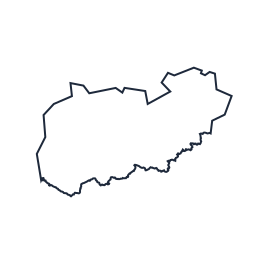 the district of Yei, Central Equatoria, South Sudan, rotated 295°
{"feature_id": "79223893B15931514297219", "entity_name": "Yei", "entity_type": "district", "adm_level": 2, "iso_a3": "SSD", "parent_name": "South Sudan", "parent_adm1": "Central Equatoria", "projection": "natural_earth1", "projection_center": [30.16, 4.243], "detail": "fine", "context": "isolated", "style": "outline", "palette": "slate", "viewbox_px": 256, "rotation_deg": 295, "n_neighbors": 0, "source": "geoboundaries", "source_scale": "gbopen_adm2", "svg_char_len": 4366}
<svg xmlns="http://www.w3.org/2000/svg" viewBox="0 0 256 256"><g transform="rotate(295 128 128)"><path d="M214.0,183.8L213.3,178.3L208.4,175.5L208.4,171.0L211.2,170.6L210.5,162.2L195.2,147.7L194.9,140.9L183.4,139.3L178.9,150.9L158.1,135.7L168.8,128.0L162.9,107.9L157.7,107.9L159.1,99.9L143.1,78.2L147.6,69.7L144.4,56.9L133.2,63.7L118.4,50.6L104.1,46.0L84.8,56.9L66.0,56.3L43.9,71.4L44.1,71.4L44.5,72.7L46.4,71.7L46.9,72.5L45.4,73.9L45.5,75.4L44.9,75.4L44.5,76.7L44.4,77.4L43.9,78.4L44.2,79.5L44.0,80.3L42.7,80.7L42.7,81.5L43.7,82.1L43.9,83.0L43.5,84.3L43.5,85.5L43.5,85.9L43.5,86.5L43.7,87.2L43.8,87.7L43.4,88.3L43.3,88.6L43.2,89.1L43.3,89.4L43.3,90.2L42.7,90.9L42.6,91.6L42.7,92.3L42.6,92.7L42.2,93.6L42.2,94.3L42.5,94.8L42.5,95.4L42.5,96.3L42.3,96.6L42.0,97.2L42.2,98.1L42.4,98.7L42.7,99.3L42.8,100.1L42.7,100.7L42.3,101.1L42.2,102.0L42.4,102.4L42.5,103.2L42.5,104.1L42.0,104.7L42.0,105.2L42.7,105.5L43.7,105.9L44.5,106.1L44.8,107.0L45.5,107.0L46.1,107.1L46.8,107.2L47.1,107.9L47.2,108.5L47.5,109.2L47.8,110.2L48.0,111.1L48.8,111.6L49.7,111.6L50.9,110.9L51.6,110.8L52.6,110.4L53.1,110.7L53.9,110.2L54.7,110.3L55.0,110.4L56.1,109.8L56.7,109.5L57.3,109.6L57.6,109.5L58.0,109.9L58.6,110.2L59.5,111.3L60.5,112.1L61.2,112.7L62.2,113.5L63.1,114.0L64.1,114.8L63.9,115.4L64.3,115.9L65.1,115.9L65.7,116.2L66.1,116.9L67.0,117.4L67.5,117.6L67.9,118.3L68.2,118.8L68.4,119.5L67.8,120.5L67.3,120.8L67.0,121.4L67.0,122.0L66.5,122.6L66.0,123.1L66.0,123.7L66.2,124.4L66.2,125.0L65.7,125.6L65.1,125.9L64.9,126.1L64.6,126.9L64.5,127.6L65.0,127.8L65.8,128.4L65.7,129.1L65.7,129.6L66.2,130.2L66.3,130.9L66.9,131.2L67.6,131.3L68.1,131.8L68.5,132.9L68.4,133.6L69.1,134.4L69.7,134.4L69.9,133.7L70.0,132.8L70.9,132.7L71.5,132.8L72.1,133.0L72.7,133.3L73.6,133.6L74.0,133.9L74.7,133.7L75.3,133.4L76.1,133.4L76.4,133.7L76.9,134.7L76.9,135.4L76.9,136.2L77.1,136.7L77.6,137.0L77.4,137.8L76.9,138.2L76.9,138.8L77.0,139.2L77.3,140.1L77.7,140.4L77.8,141.4L78.4,142.3L78.9,142.6L79.4,143.7L79.8,144.2L80.5,144.4L80.5,145.0L80.9,145.9L81.4,146.7L81.6,147.3L82.5,147.6L83.0,147.5L83.2,147.9L83.5,148.6L84.3,148.6L84.9,148.0L85.8,148.1L86.4,148.3L87.4,148.6L87.5,149.2L88.0,149.3L88.5,149.3L89.0,149.6L90.2,150.3L91.2,150.8L91.4,151.4L92.0,151.6L92.7,151.3L93.4,151.5L94.1,151.7L95.2,151.5L96.0,151.0L96.5,150.4L96.9,149.5L97.5,149.7L97.7,150.2L97.9,151.1L98.0,151.7L98.0,152.4L98.1,153.3L98.1,154.4L97.7,155.7L97.7,156.5L97.8,157.6L98.2,158.2L98.8,158.9L98.7,159.3L98.7,160.3L98.2,160.9L97.6,161.2L97.1,161.8L97.5,162.5L98.2,163.1L98.9,163.6L99.5,164.2L100.5,164.5L101.2,164.7L102.0,165.1L102.0,166.0L102.4,166.6L102.4,167.2L102.3,167.7L102.5,168.5L102.6,169.4L103.0,169.8L103.7,170.4L103.6,171.2L103.2,171.7L102.7,172.4L102.7,173.2L102.1,173.8L102.4,174.3L102.9,175.1L103.0,176.1L102.5,176.6L103.1,177.2L103.6,177.4L104.2,177.9L104.8,178.5L104.2,179.0L104.1,179.7L104.2,180.3L104.3,181.1L105.0,181.8L105.6,182.1L106.1,182.4L106.8,182.4L107.2,181.7L107.9,181.2L108.4,181.3L108.7,182.1L109.5,182.2L110.2,181.7L110.6,181.2L111.2,180.3L111.6,180.1L112.5,180.2L113.6,180.2L114.3,179.6L114.3,178.8L114.7,178.0L115.4,178.5L115.6,179.3L115.7,179.9L116.5,180.0L116.9,180.0L117.4,180.8L117.9,181.2L118.1,182.2L118.0,183.1L118.3,184.1L118.3,184.7L119.2,184.4L119.7,183.8L120.5,184.0L121.1,184.0L122.0,184.8L122.7,185.2L123.4,185.3L124.2,184.8L124.5,184.1L124.7,183.7L125.3,183.9L125.3,184.4L126.2,184.3L126.2,184.9L126.0,185.4L126.5,185.8L127.2,186.4L127.9,186.4L128.7,186.4L129.3,186.5L129.6,186.9L130.4,186.7L131.1,186.8L131.6,186.8L131.4,187.4L130.9,187.7L130.7,188.2L130.9,188.8L131.4,189.4L132.2,189.9L132.8,189.4L133.2,189.4L133.4,190.0L133.2,190.7L133.7,191.4L134.2,191.9L134.4,192.8L134.3,193.5L134.3,194.1L135.4,194.6L136.2,194.0L136.6,194.0L137.3,194.3L137.8,194.5L138.6,193.9L138.9,193.1L139.3,192.3L139.5,191.7L140.2,191.3L140.8,191.5L141.0,192.7L141.5,193.2L141.5,193.9L141.1,194.5L141.6,195.1L142.1,195.2L142.5,196.0L142.0,196.8L142.0,197.6L142.7,198.1L143.5,198.1L143.7,198.6L143.7,199.2L143.8,200.0L144.4,200.1L145.3,200.2L145.8,200.0L146.8,200.0L147.5,199.1L148.8,198.4L149.7,198.4L150.2,197.8L151.3,197.2L152.4,196.4L153.0,195.7L153.9,196.5L154.2,198.2L154.9,198.3L155.5,198.4L155.8,198.7L156.2,199.3L156.5,200.4L156.6,201.3L156.6,202.2L157.3,203.2L158.0,204.0L158.0,205.2L170.2,201.2L181.0,210.0L200.8,208.4L200.4,191.9L214.0,183.8Z" fill="none" stroke="#1e293b" stroke-width="2"/></g></svg>